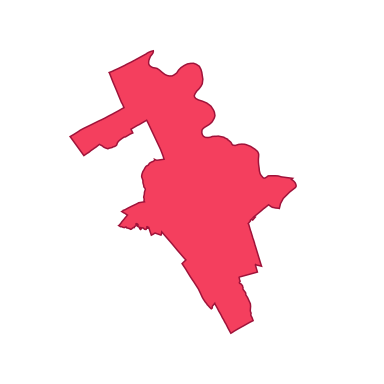 outline of Doljesti, Neamt, Romania, rotated 164°
{"feature_id": "2599482B42576561544247", "entity_name": "Doljesti", "entity_type": "district", "adm_level": 2, "iso_a3": "ROU", "parent_name": "Romania", "parent_adm1": "Neamt", "projection": "mercator", "projection_center": [26.991, 47.029], "detail": "fine", "context": "isolated", "style": "filled", "palette": "rose", "viewbox_px": 384, "rotation_deg": 164, "n_neighbors": 0, "source": "geoboundaries", "source_scale": "gbopen_adm2", "svg_char_len": 6027}
<svg xmlns="http://www.w3.org/2000/svg" viewBox="0 0 384 384"><g transform="rotate(164 192 192)"><path d="M293.9,278.9L285.9,256.8L281.7,258.2L281.0,258.3L280.3,258.6L279.8,258.7L277.9,259.6L274.6,260.7L274.3,260.9L272.2,261.5L267.9,263.3L265.4,260.9L264.7,259.7L263.2,258.3L260.9,256.7L259.5,257.0L259.0,256.9L256.8,256.8L256.4,256.8L255.6,257.1L253.7,257.1L252.3,257.5L251.5,257.9L250.5,259.3L250.1,259.9L248.5,261.1L247.0,261.8L244.5,262.8L242.1,263.5L240.8,263.3L235.5,264.7L232.6,265.1L233.3,269.2L226.0,271.1L224.4,271.3L215.8,273.5L215.2,270.4L210.5,241.7L209.9,234.9L209.8,231.2L215.9,232.0L217.0,232.2L217.9,232.7L219.0,233.7L219.0,233.3L219.2,232.8L220.3,232.3L221.1,232.1L222.7,232.0L223.8,231.7L224.7,231.5L225.3,231.1L226.6,229.9L228.7,229.5L229.4,229.1L230.5,228.2L232.2,226.4L233.5,225.3L235.0,223.2L235.8,221.7L236.1,220.9L236.2,220.3L236.0,216.7L236.5,214.8L236.6,214.0L236.6,211.6L236.8,210.5L236.8,210.0L236.2,208.6L236.1,208.2L236.1,207.5L236.3,207.1L236.6,206.6L237.3,205.7L237.9,204.6L238.4,203.1L239.7,200.7L239.9,200.3L239.9,199.8L239.9,198.2L240.4,197.4L240.5,196.9L240.5,196.2L240.4,195.7L246.3,196.4L246.5,196.3L248.8,195.8L254.2,194.9L257.9,194.2L261.3,193.4L263.3,193.3L263.5,193.0L263.9,192.8L264.9,192.6L264.3,191.9L263.4,190.8L262.5,190.1L261.8,189.3L261.5,188.8L260.4,187.6L262.9,185.9L263.3,185.7L264.1,185.1L264.3,184.9L267.8,182.6L268.7,181.8L271.1,180.1L271.7,180.0L271.3,179.4L271.0,179.2L270.8,178.9L270.4,178.4L269.0,177.9L268.0,177.0L266.8,176.4L266.7,176.4L266.3,176.5L265.4,176.6L264.9,176.4L264.8,176.2L264.8,175.6L264.2,175.2L263.7,175.1L263.2,174.6L262.2,174.1L262.0,173.9L261.8,173.6L261.6,173.2L261.4,173.2L261.1,173.0L260.5,173.0L260.2,173.1L259.5,173.5L259.0,173.7L258.3,173.9L257.2,173.7L256.9,174.5L256.5,174.7L254.9,175.0L254.4,175.4L254.4,175.7L254.8,176.5L254.5,176.9L254.0,176.9L253.5,176.6L253.0,175.9L252.9,175.5L253.0,174.9L253.7,174.1L253.7,173.9L253.2,173.5L253.0,173.2L252.5,172.7L252.3,172.4L252.4,171.8L252.4,171.4L252.2,171.4L252.0,171.5L251.5,171.9L251.0,172.0L250.8,171.8L250.8,171.5L250.9,171.3L251.7,170.5L251.9,170.3L251.8,170.1L251.7,170.1L250.8,170.7L250.0,171.2L249.3,171.2L249.0,171.0L248.4,170.2L248.0,169.4L247.8,169.2L247.0,168.8L246.4,168.7L245.9,169.5L245.6,169.8L245.4,169.9L245.2,169.9L245.0,169.7L244.9,169.5L244.6,169.4L244.5,169.6L244.5,169.9L244.6,170.2L245.0,170.7L245.0,170.9L244.9,171.1L244.5,171.0L244.3,170.8L244.1,170.3L243.8,170.0L243.4,169.9L243.2,165.9L243.0,161.7L240.6,162.2L239.5,162.6L238.8,162.7L233.7,159.1L233.3,159.5L232.1,162.0L225.5,147.8L222.2,140.2L218.4,132.0L217.6,130.3L216.6,128.4L221.3,125.9L219.1,119.0L218.9,118.1L217.0,111.2L215.6,106.8L215.2,105.7L212.6,97.1L211.8,92.4L211.2,88.4L211.0,87.4L210.6,85.8L209.6,82.6L208.6,80.4L208.5,79.6L207.9,78.6L207.6,78.0L206.8,76.3L205.7,74.4L204.8,74.7L204.4,75.1L204.1,76.3L203.5,76.9L203.0,77.2L200.8,78.7L200.8,78.1L199.7,73.5L199.1,70.3L198.1,66.4L197.4,62.6L196.8,60.5L196.5,58.7L196.0,56.6L195.7,55.6L194.9,51.2L193.6,45.5L191.3,46.1L190.2,46.5L185.6,47.7L172.4,50.8L168.7,51.5L168.9,54.7L169.4,57.1L169.2,58.1L168.7,59.0L168.6,59.8L168.8,60.5L168.6,62.1L167.2,65.9L166.7,68.5L167.7,75.3L168.6,78.2L168.3,79.7L168.3,80.7L168.8,81.8L169.3,83.2L169.8,84.4L169.8,84.8L169.5,85.5L169.3,86.1L169.4,87.0L169.3,88.1L169.5,88.6L170.1,89.5L170.2,89.8L170.3,90.3L170.4,90.5L170.7,90.6L171.4,91.0L171.5,91.6L171.3,92.2L170.6,92.7L170.3,93.0L170.5,94.3L170.3,95.9L170.4,96.6L170.0,97.2L161.9,97.1L152.7,97.0L151.2,97.0L151.2,99.9L151.2,103.2L151.2,104.3L151.1,104.6L150.9,104.8L150.0,104.0L145.6,101.5L145.7,103.7L146.0,122.6L146.1,124.2L146.0,125.6L146.1,129.6L146.3,131.0L146.2,131.8L146.3,138.0L146.4,138.6L146.4,140.2L146.4,144.7L146.4,145.3L146.6,145.9L146.7,146.1L146.5,146.3L143.8,148.1L143.5,148.5L143.6,148.8L141.8,149.6L141.6,148.6L141.4,148.3L138.3,150.3L139.7,150.9L130.3,155.0L127.0,156.6L126.9,156.5L121.9,158.6L120.2,156.4L119.3,155.4L118.6,154.9L118.1,154.7L116.1,153.6L113.5,152.6L112.6,152.1L110.1,156.5L106.0,160.7L98.2,165.0L91.3,167.8L90.4,168.7L90.1,169.7L90.1,171.0L90.3,172.4L91.0,174.0L91.9,175.4L93.0,176.7L91.5,177.4L101.9,181.9L103.8,183.1L104.8,183.7L107.3,184.6L112.2,186.0L114.3,186.5L115.4,186.1L116.3,185.7L118.2,185.3L119.0,185.5L119.4,185.8L119.8,186.3L121.0,188.9L121.5,190.8L121.4,193.8L120.9,196.5L120.4,200.0L119.9,202.5L119.1,205.3L118.0,208.2L117.5,209.9L117.5,210.6L117.6,211.7L117.9,213.0L119.7,215.8L123.1,219.7L126.9,222.6L128.3,223.4L130.9,224.3L134.0,224.9L137.5,224.8L138.3,225.1L139.9,225.9L140.3,226.5L140.5,227.3L140.7,228.3L141.1,229.4L141.9,230.6L142.5,231.5L143.2,232.3L143.2,232.9L145.8,235.2L146.3,235.9L146.7,236.0L146.9,236.2L151.3,238.5L153.5,238.9L155.2,239.4L157.1,239.8L159.3,239.6L161.4,239.9L164.1,240.8L165.6,242.3L166.2,243.9L166.3,246.0L165.5,248.4L164.9,249.2L163.9,249.9L162.4,250.6L156.7,252.2L154.7,253.1L153.3,253.9L151.0,256.1L150.1,257.1L149.4,258.2L148.9,259.1L148.8,259.9L148.5,262.5L148.7,264.4L149.2,266.3L150.1,269.2L151.3,270.9L153.2,273.4L156.9,276.4L160.4,278.7L162.6,280.8L163.4,282.7L163.2,284.1L161.8,285.8L159.6,287.7L156.7,289.3L154.1,291.3L152.3,293.2L150.5,297.4L149.6,304.4L149.6,307.3L150.3,310.8L152.7,313.6L155.0,315.3L157.8,316.0L161.1,316.4L164.5,315.8L168.3,314.6L171.3,312.9L173.9,310.6L176.4,309.7L177.8,309.3L179.2,309.1L181.6,309.7L183.7,310.8L185.6,312.4L187.7,315.2L189.8,318.4L191.5,320.4L192.9,321.2L195.4,322.4L196.6,323.5L197.3,324.3L198.0,325.5L198.3,326.7L198.1,328.1L197.3,330.2L196.1,331.9L194.5,333.9L192.6,335.2L191.3,336.3L190.5,337.5L190.3,338.4L192.6,338.5L195.2,338.2L197.3,337.7L197.9,337.4L201.9,336.5L214.4,333.7L220.1,332.7L221.5,332.3L229.0,331.0L233.9,330.3L233.9,330.2L236.3,329.9L238.7,329.7L238.6,329.4L238.5,328.6L237.7,319.8L236.4,309.2L236.0,305.3L235.8,303.6L235.2,298.3L235.1,297.5L234.6,295.6L234.1,291.8L235.7,291.5L240.0,290.4L245.5,289.2L246.7,288.9L250.9,288.1L255.2,287.1L259.0,286.4L262.5,285.9L270.0,284.5L278.7,283.0L282.4,282.2L284.7,281.4L289.5,280.0L293.4,279.0L293.9,278.9Z" fill="#f43f5e" stroke="#9f1239" stroke-width="1.5"/></g></svg>